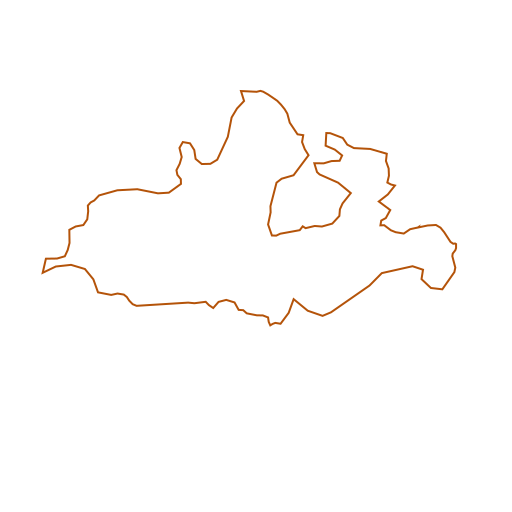 the border of Pest, rotated 136°
{"feature_id": "HUN-3164", "entity_name": "Pest", "entity_type": "County", "adm_level": 1, "iso_a3": "HUN", "parent_name": "Hungary", "parent_adm1": "", "projection": "natural_earth1", "projection_center": [19.256, 47.5], "detail": "fine", "context": "isolated", "style": "outline", "palette": "amber", "viewbox_px": 512, "rotation_deg": 136, "n_neighbors": 0, "source": "natural_earth", "source_scale": "10m", "svg_char_len": 2166}
<svg xmlns="http://www.w3.org/2000/svg" viewBox="0 0 512 512"><g transform="rotate(136 256 256)"><path d="M119.3,164.0L119.6,163.9L111.3,158.7L105.0,153.3L103.6,148.2L104.1,142.4L106.3,131.0L105.6,127.8L104.1,126.7L103.8,125.6L106.6,122.7L108.6,121.7L112.8,121.1L114.9,119.5L120.7,109.2L124.5,106.6L145.1,102.6L152.4,111.5L153.0,124.4L145.4,130.1L150.5,139.9L177.4,156.3L194.9,155.9L241.2,163.4L249.7,166.7L256.8,180.7L258.9,198.8L272.0,192.4L285.4,190.2L288.6,194.5L291.2,195.6L293.9,196.2L292.6,199.8L290.0,203.4L292.4,208.6L296.5,212.6L302.5,221.2L302.8,225.9L305.9,229.3L303.7,237.5L307.9,245.1L314.8,249.0L322.9,248.3L324.0,253.4L324.0,258.0L333.1,264.8L337.2,269.6L376.5,303.1L378.2,307.0L378.2,312.0L377.4,316.2L377.9,320.1L381.7,325.2L387.2,328.6L394.9,339.6L389.2,352.2L388.1,365.5L395.2,378.1L407.3,387.5L421.1,392.1L409.0,400.0L400.9,392.4L393.7,388.6L387.3,391.1L381.1,394.9L372.1,404.5L365.2,402.5L358.7,398.2L351.9,399.6L345.7,404.7L341.9,409.1L337.7,409.4L333.8,408.3L326.8,408.6L310.1,399.6L300.1,390.9L295.0,386.5L283.0,369.2L274.7,362.1L259.9,360.0L256.7,363.5L256.2,369.0L253.6,373.0L246.9,375.3L240.7,378.8L236.0,386.9L229.5,388.8L225.2,382.9L226.8,375.1L232.0,367.8L231.1,359.8L224.8,354.0L217.0,352.2L193.5,361.3L177.3,372.6L167.2,375.3L156.9,375.8L152.2,385.1L141.5,373.7L138.1,371.7L136.7,369.2L135.1,363.7L132.9,352.9L132.9,347.4L133.4,341.7L134.6,336.6L139.1,328.5L141.6,314.7L138.1,310.1L143.7,306.0L146.7,299.0L148.2,292.0L172.9,288.0L183.9,293.8L190.3,294.5L211.0,281.8L215.2,277.2L225.4,270.3L230.3,259.7L227.3,256.6L223.1,255.2L206.6,244.2L201.8,244.9L201.0,241.6L192.9,236.8L188.1,231.4L178.6,226.3L168.2,226.9L163.2,231.3L157.2,233.7L144.1,235.4L146.0,251.7L153.6,270.5L153.8,274.0L149.6,282.2L142.9,275.6L135.7,271.8L129.7,266.4L124.2,268.5L125.4,277.8L129.3,287.0L120.0,295.6L117.3,292.8L111.6,280.6L113.0,272.7L110.6,265.6L99.5,253.7L90.9,238.7L96.5,234.1L99.8,226.8L104.6,221.4L110.5,217.6L109.2,213.6L107.1,210.2L118.4,208.7L129.8,209.9L127.5,195.8L136.3,193.1L141.3,194.5L145.2,191.6L142.4,189.1L141.1,180.8L139.0,176.1L134.1,169.5L126.5,168.2L119.8,164.1L119.3,164.0Z" fill="none" stroke="#b45309" stroke-width="2"/></g></svg>